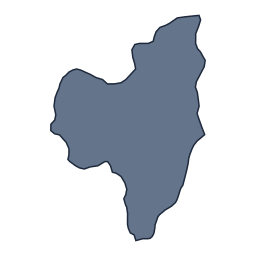 Ryongrim, Chagang-do, North Korea
{"feature_id": "82179303B90804961571919", "entity_name": "Ryongrim", "entity_type": "district", "adm_level": 2, "iso_a3": "PRK", "parent_name": "North Korea", "parent_adm1": "Chagang-do", "projection": "orthographic", "projection_center": [126.759, 40.48], "detail": "fine", "context": "isolated", "style": "filled", "palette": "slate", "viewbox_px": 256, "rotation_deg": 0, "n_neighbors": 0, "source": "geoboundaries", "source_scale": "gbopen_adm2", "svg_char_len": 1581}
<svg xmlns="http://www.w3.org/2000/svg" viewBox="0 0 256 256"><path d="M204.7,134.6L201.9,127.4L200.0,122.1L198.1,116.7L197.1,113.5L199.1,106.1L198.2,98.6L197.3,92.3L195.4,87.0L196.4,81.6L200.3,74.2L204.2,66.7L205.2,60.3L203.3,57.1L200.4,51.8L197.5,48.6L195.6,43.3L195.7,39.1L195.7,35.9L195.7,33.7L198.6,26.3L200.6,19.9L199.0,15.4L192.9,16.0L185.2,16.8L177.3,17.9L169.7,23.2L165.8,25.3L160.0,27.4L156.1,31.7L154.2,37.0L153.2,41.3L148.3,43.4L143.5,43.4L139.6,43.4L134.8,44.5L131.9,49.8L132.8,57.3L134.7,63.7L135.6,69.0L130.7,74.3L125.8,79.6L121.0,82.8L114.2,83.9L107.4,83.9L102.6,79.6L95.9,77.5L90.1,74.3L85.3,72.2L80.5,70.0L76.6,69.0L72.8,70.0L72.1,70.4L68.9,72.1L65.9,75.3L63.0,77.5L60.0,83.8L59.0,88.1L57.1,92.3L55.1,97.7L54.0,106.2L54.9,110.4L55.8,114.7L54.8,120.0L50.9,124.2L50.8,130.6L54.6,133.8L59.5,134.9L66.2,142.4L69.0,148.8L68.9,155.1L67.9,159.4L68.8,160.4L69.8,161.5L75.6,165.8L79.5,167.9L84.3,169.0L90.2,166.9L97.9,165.8L104.8,161.6L107.7,161.6L110.5,165.8L112.4,172.2L116.3,173.3L121.1,176.5L124.9,182.9L126.8,189.2L125.8,194.6L123.8,198.8L125.7,205.2L126.7,207.3L127.6,213.7L127.5,220.1L127.5,224.4L128.4,228.6L130.3,232.9L134.2,235.0L135.1,238.2L135.9,240.6L136.5,240.4L142.8,238.7L148.0,238.7L150.1,238.3L152.1,236.6L153.4,234.4L154.1,232.4L154.9,227.7L155.0,225.2L157.8,217.0L159.3,214.9L165.1,210.0L171.6,206.1L175.4,202.6L176.7,200.4L178.2,196.4L180.1,190.1L181.2,187.6L182.7,185.5L183.0,184.7L186.7,170.2L188.1,163.5L188.7,158.7L189.3,156.4L189.9,154.3L192.2,148.4L194.0,144.9L197.1,141.0L204.7,134.6Z" fill="#64748b" stroke="#1e293b" stroke-width="1.5"/></svg>